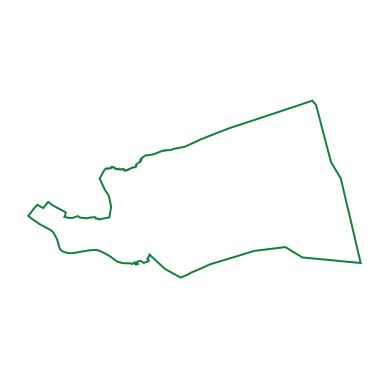 the district of Venray, Limburg, Netherlands, rotated 177°
{"feature_id": "6326949B92597341568086", "entity_name": "Venray", "entity_type": "district", "adm_level": 2, "iso_a3": "NLD", "parent_name": "Netherlands", "parent_adm1": "Limburg", "projection": "robinson", "projection_center": [6.037, 51.508], "detail": "fine", "context": "isolated", "style": "outline", "palette": "green", "viewbox_px": 384, "rotation_deg": 177, "n_neighbors": 0, "source": "geoboundaries", "source_scale": "gbopen_adm2", "svg_char_len": 4838}
<svg xmlns="http://www.w3.org/2000/svg" viewBox="0 0 384 384"><g transform="rotate(177 192 192)"><path d="M67.0,276.9L111.0,264.8L112.7,264.3L118.3,262.8L125.1,260.9L135.8,258.0L137.9,257.4L152.0,253.6L154.7,252.7L162.3,250.2L168.0,248.3L180.2,244.2L196.8,237.6L197.0,237.5L200.4,237.1L203.4,236.6L207.2,236.1L208.6,235.8L210.2,235.4L210.4,235.3L211.0,235.2L213.7,234.9L213.8,235.0L214.1,235.0L214.5,235.1L215.0,235.1L215.6,235.1L216.2,234.9L217.3,234.5L217.6,235.1L218.9,234.8L219.6,234.6L227.7,231.9L228.3,231.7L231.1,231.3L232.5,231.1L233.7,231.1L234.4,231.0L236.1,231.2L239.7,229.0L240.1,228.5L240.4,228.3L240.8,227.8L241.5,227.8L241.8,226.8L241.1,226.5L242.6,225.1L242.2,224.8L242.6,224.5L244.1,223.8L244.4,223.6L245.0,223.2L246.5,222.2L246.6,221.6L246.5,221.4L246.4,221.3L246.2,221.2L246.3,220.8L246.4,220.6L246.5,220.5L246.5,220.4L246.7,220.1L246.8,220.0L247.1,219.9L247.6,219.7L247.9,219.7L248.1,219.7L248.4,219.6L248.6,219.6L248.8,219.7L249.1,219.7L249.4,219.7L250.1,219.5L250.4,219.6L250.6,219.5L250.7,219.3L250.8,219.2L251.2,218.9L251.6,219.0L251.8,218.9L252.2,218.7L252.4,218.5L252.7,218.4L253.3,218.3L253.7,218.2L254.3,217.9L254.6,217.8L254.6,217.7L254.8,217.7L255.3,217.6L255.5,217.5L255.5,217.3L255.7,217.2L255.9,217.2L256.3,217.2L256.5,217.1L256.9,216.8L257.0,216.7L257.5,216.8L257.7,217.0L257.8,217.1L258.0,217.0L258.1,217.3L258.3,217.3L258.4,217.5L258.5,217.7L258.8,217.9L259.0,218.3L259.2,218.2L259.3,218.2L259.3,218.3L259.6,218.2L259.8,218.2L259.8,218.3L259.7,218.4L260.3,218.6L260.4,218.3L260.5,218.2L261.1,218.1L261.4,218.1L261.6,218.1L261.8,218.3L262.3,218.3L262.6,218.5L262.8,218.5L262.8,218.4L263.0,218.4L263.7,218.4L263.9,218.5L264.0,218.6L263.9,218.8L264.0,219.0L264.2,218.9L264.3,218.9L264.5,218.8L265.0,218.6L265.6,218.7L265.8,218.9L266.0,218.8L266.3,219.0L266.5,218.9L266.9,219.0L267.6,219.4L267.7,219.5L267.7,220.0L267.9,220.4L268.1,220.4L268.2,220.5L268.4,220.6L268.8,220.5L269.2,220.5L269.3,220.7L269.8,220.9L269.8,221.0L270.0,221.2L270.4,220.9L270.4,221.1L270.5,221.2L270.8,221.0L271.0,221.1L271.2,220.9L271.4,220.8L271.5,220.7L271.8,220.5L272.0,220.6L272.3,220.5L272.6,220.1L272.7,219.9L272.8,219.9L273.1,219.9L273.6,219.8L274.0,219.8L274.3,219.9L274.4,220.0L274.6,220.1L274.8,220.0L274.9,219.9L275.2,219.6L275.4,219.5L276.0,219.7L276.5,220.0L276.9,220.0L277.1,219.9L277.3,219.9L277.6,220.2L277.3,219.5L279.2,217.3L283.5,210.2L279.0,199.0L275.3,192.6L273.5,181.5L275.9,171.0L282.4,170.1L286.7,169.5L287.1,169.8L287.4,170.2L287.7,170.3L288.2,170.5L288.6,170.7L288.8,170.7L289.3,170.5L289.5,171.0L289.8,171.4L289.9,171.7L290.2,172.0L292.7,171.9L294.7,171.9L298.1,171.2L305.2,172.3L306.6,173.4L306.9,173.7L307.3,173.9L308.4,173.6L310.2,173.1L311.6,172.7L312.5,172.4L313.1,172.3L315.0,172.4L316.1,172.6L317.2,172.8L319.4,173.5L319.7,173.6L319.8,173.6L320.0,173.8L320.1,174.1L320.3,174.1L320.2,174.2L319.3,177.6L319.2,177.9L319.2,178.4L322.6,180.4L325.0,181.8L328.0,183.6L330.4,185.1L333.4,187.3L336.0,189.6L336.6,189.2L337.4,188.3L339.1,186.3L339.9,185.4L341.3,183.8L343.9,185.2L347.0,187.4L346.8,187.8L350.0,184.4L350.7,183.7L353.7,180.2L356.7,176.7L355.5,175.6L354.0,174.2L351.6,172.3L350.3,171.4L348.4,169.9L346.0,168.0L344.3,166.9L338.6,163.5L337.5,162.9L336.2,162.1L335.7,161.8L335.4,161.5L334.7,161.0L333.4,159.8L332.5,158.6L331.6,157.1L331.4,156.5L330.5,154.6L330.0,153.5L329.4,152.2L328.8,150.1L328.6,149.4L328.1,146.3L327.8,145.3L327.4,143.6L327.1,142.8L327.0,142.7L326.5,141.7L326.1,141.1L325.4,140.4L325.0,140.0L324.6,139.8L324.0,139.4L322.9,138.8L322.1,138.5L321.1,138.2L319.7,137.7L318.0,137.4L315.0,137.2L313.3,137.3L312.1,137.4L311.1,137.5L308.2,137.9L305.7,138.3L303.0,138.5L300.6,138.8L300.0,138.9L299.0,139.0L296.3,139.2L296.1,139.2L295.7,139.2L291.0,139.1L290.2,139.0L289.6,138.9L288.9,138.7L287.5,138.1L286.6,137.7L285.7,137.3L282.3,135.2L279.2,133.4L278.4,132.8L277.3,132.1L276.0,131.1L272.9,128.4L271.2,127.0L270.8,126.8L268.8,125.9L267.3,125.4L264.7,124.5L259.0,124.1L258.0,124.1L257.5,124.0L256.9,123.8L256.4,123.7L256.1,123.6L255.6,123.2L254.1,124.1L253.7,124.4L252.8,123.4L252.7,123.5L251.8,122.5L249.8,123.0L250.5,123.7L251.5,124.6L251.4,124.6L249.3,125.5L249.1,125.6L247.7,125.8L246.9,125.7L246.7,125.6L245.4,124.8L244.8,124.4L244.0,123.8L243.8,123.7L243.3,123.8L242.3,124.3L240.7,124.5L240.2,125.0L238.8,125.4L238.7,125.5L239.3,126.5L239.4,126.9L239.7,127.3L239.9,127.4L239.7,127.7L239.6,127.8L239.5,128.0L239.7,128.4L239.6,128.5L239.3,128.8L239.2,128.9L238.3,130.0L237.7,131.7L225.6,119.2L223.0,116.6L207.8,107.1L206.7,107.6L202.0,109.1L196.1,111.9L188.3,114.7L177.5,118.9L151.4,125.3L133.0,129.9L101.7,132.1L85.2,120.9L51.2,115.8L43.3,114.6L27.3,112.3L31.4,135.1L31.8,137.5L36.0,160.9L37.2,167.5L37.5,168.6L37.5,168.8L42.7,197.8L51.6,214.6L58.4,247.1L61.1,260.7L63.5,272.1L63.6,272.3L63.9,272.8L66.3,275.9L67.0,276.9Z" fill="none" stroke="#15803d" stroke-width="2"/></g></svg>